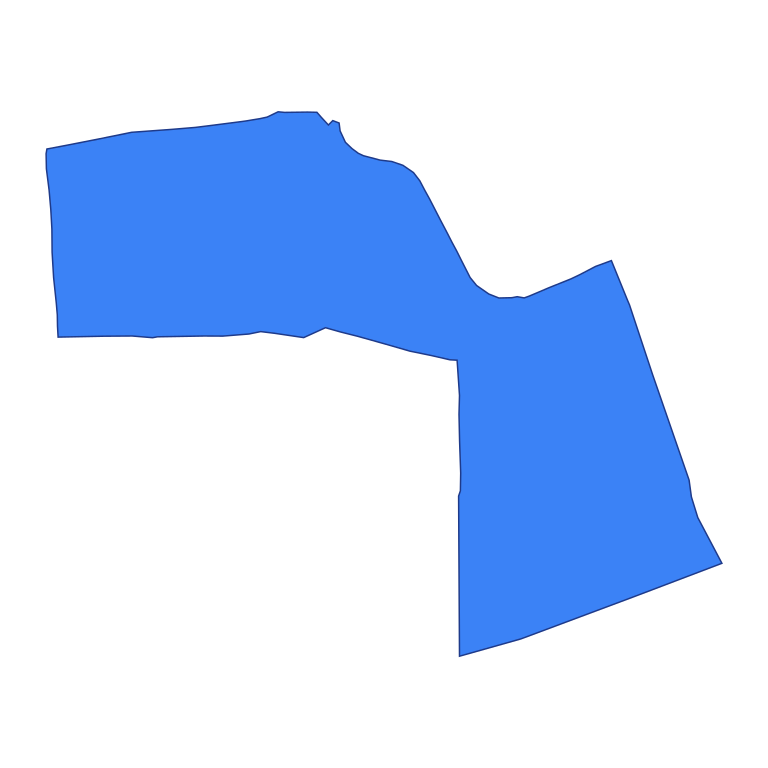 outline of Mean Chey, Phnom Penh, Cambodia
{"feature_id": "14789045B35009780503232", "entity_name": "Mean Chey", "entity_type": "district", "adm_level": 2, "iso_a3": "KHM", "parent_name": "Cambodia", "parent_adm1": "Phnom Penh", "projection": "albers", "projection_center": [104.901, 11.516], "detail": "fine", "context": "isolated", "style": "filled", "palette": "blue", "viewbox_px": 768, "rotation_deg": 0, "n_neighbors": 0, "source": "geoboundaries", "source_scale": "gbopen_adm2", "svg_char_len": 1318}
<svg xmlns="http://www.w3.org/2000/svg" viewBox="0 0 768 768"><path d="M721.9,563.3L697.8,517.6L691.4,496.9L689.1,480.1L652.6,374.6L629.5,304.9L627.7,300.7L611.4,260.6L595.6,266.4L579.1,275.0L570.9,278.9L555.7,285.0L548.5,287.9L538.2,292.3L529.2,296.1L524.2,297.9L517.2,296.7L511.9,297.7L498.9,298.0L488.8,294.0L476.6,285.5L470.1,277.5L461.0,259.6L456.8,251.2L451.9,242.1L447.4,233.3L440.2,219.6L429.6,199.0L424.9,190.5L419.8,180.8L413.5,172.6L402.9,165.3L391.8,161.5L380.1,160.1L363.4,155.7L358.3,153.3L352.0,148.6L345.4,142.3L340.1,130.9L339.1,123.0L332.8,120.6L328.4,125.0L321.2,117.2L316.9,112.3L307.5,112.1L284.6,112.4L278.1,111.8L267.1,117.1L259.7,118.7L252.9,119.8L246.4,120.9L242.1,121.5L212.4,125.3L195.5,127.4L171.5,129.4L131.6,132.3L97.6,139.2L67.0,145.2L46.9,149.0L46.1,153.7L46.4,168.8L49.1,190.2L50.8,209.6L51.9,229.1L52.1,252.2L53.6,277.5L56.3,303.2L57.3,314.9L57.5,326.3L58.1,337.1L104.1,336.2L132.2,336.0L152.6,337.7L157.5,336.8L204.1,336.0L222.9,336.1L249.0,334.0L260.7,331.6L274.6,333.3L303.7,337.6L325.5,327.7L330.7,329.2L340.6,332.0L357.7,336.3L383.7,343.6L410.1,351.2L431.2,355.5L449.9,359.8L457.1,360.2L459.5,395.5L459.0,414.3L459.2,423.3L459.6,441.6L460.7,473.1L460.4,490.8L458.6,496.1L459.5,656.2L520.9,638.9L634.2,596.6L721.9,563.3Z" fill="#3b82f6" stroke="#1e3a8a" stroke-width="1.5"/></svg>